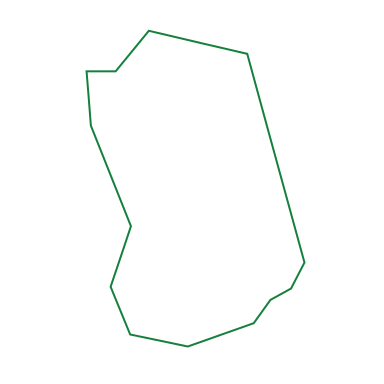 Panyijiar, Unity, South Sudan (Albers equal-area conic projection), rotated 188°
{"feature_id": "79223893B83393378605380", "entity_name": "Panyijiar", "entity_type": "district", "adm_level": 2, "iso_a3": "SSD", "parent_name": "South Sudan", "parent_adm1": "Unity", "projection": "albers", "projection_center": [30.377, 7.529], "detail": "fine", "context": "isolated", "style": "outline", "palette": "green", "viewbox_px": 384, "rotation_deg": 188, "n_neighbors": 0, "source": "geoboundaries", "source_scale": "gbopen_adm2", "svg_char_len": 398}
<svg xmlns="http://www.w3.org/2000/svg" viewBox="0 0 384 384"><g transform="rotate(188 192 192)"><path d="M202.6,340.6L257.2,345.6L284.4,300.9L313.2,296.8L307.9,273.2L301.4,243.7L247.7,149.6L250.7,133.3L253.0,120.9L259.4,86.8L233.4,42.3L174.7,38.4L112.6,70.7L99.3,96.1L80.5,110.2L70.8,137.8L127.7,269.5L153.7,329.9L156.5,336.5L202.6,340.6Z" fill="none" stroke="#15803d" stroke-width="2"/></g></svg>